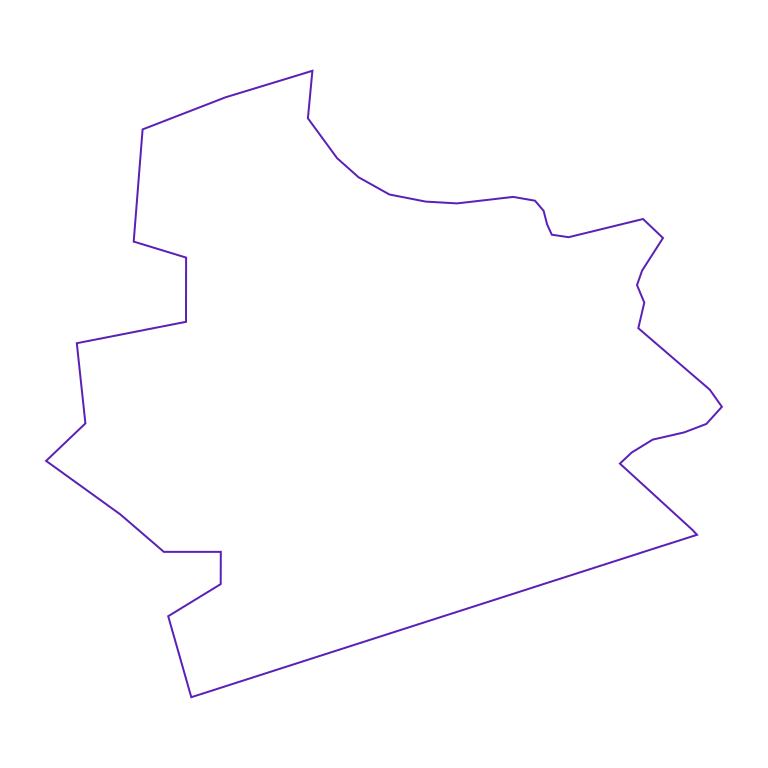 Vainodes, Equal Earth projection
{"feature_id": "LVA-5713", "entity_name": "Vainodes", "entity_type": "Municipality", "adm_level": 1, "iso_a3": "LVA", "parent_name": "Latvia", "parent_adm1": "", "projection": "equal_earth", "projection_center": [21.86, 56.449], "detail": "fine", "context": "isolated", "style": "outline", "palette": "violet", "viewbox_px": 768, "rotation_deg": 0, "n_neighbors": 0, "source": "natural_earth", "source_scale": "10m", "svg_char_len": 662}
<svg xmlns="http://www.w3.org/2000/svg" viewBox="0 0 768 768"><path d="M660.4,546.5L191.3,697.2L168.2,616.2L220.7,584.1L220.8,551.9L163.9,551.9L120.3,514.4L46.1,460.9L85.4,423.4L76.8,343.2L186.0,321.8L186.1,257.6L133.7,241.6L142.6,129.4L225.5,97.3L312.4,70.8L307.9,118.3L337.1,158.2L358.6,177.3L389.4,194.5L425.7,201.6L457.1,203.4L513.1,196.9L535.0,200.7L543.6,210.8L547.1,224.4L551.8,234.7L568.6,237.2L643.0,219.0L663.0,238.0L642.1,270.6L637.0,285.1L644.3,302.6L638.3,328.2L709.8,389.7L721.9,406.8L706.4,423.9L684.1,432.4L652.7,439.6L631.7,452.5L619.9,463.6L692.2,529.7L696.0,533.7L697.0,534.8L660.4,546.5Z" fill="none" stroke="#5b21b6" stroke-width="2"/></svg>